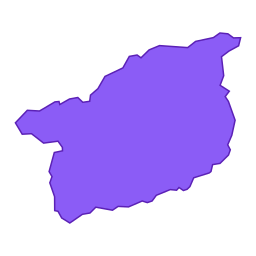 the District of Omagh
{"feature_id": "GBR-2084", "entity_name": "Omagh", "entity_type": "District", "adm_level": 1, "iso_a3": "GBR", "parent_name": "United Kingdom", "parent_adm1": "", "projection": "orthographic", "projection_center": [-7.284, 54.591], "detail": "fine", "context": "isolated", "style": "filled", "palette": "violet", "viewbox_px": 256, "rotation_deg": 0, "n_neighbors": 0, "source": "natural_earth", "source_scale": "10m", "svg_char_len": 988}
<svg xmlns="http://www.w3.org/2000/svg" viewBox="0 0 256 256"><path d="M22.2,134.2L15.4,122.8L27.3,110.3L39.5,111.0L54.9,101.9L59.0,101.5L59.8,104.5L69.5,99.0L77.8,97.5L82.8,102.3L89.7,101.3L90.5,95.1L97.9,88.7L105.0,76.4L122.9,67.9L129.3,56.4L137.1,55.0L141.0,57.8L149.1,49.9L159.5,45.6L187.7,47.6L195.6,41.4L213.4,37.6L219.9,33.0L227.9,33.8L233.5,37.9L240.6,37.7L238.6,45.8L228.9,51.1L221.5,56.7L223.7,75.7L220.1,85.3L229.3,91.2L225.2,96.6L228.4,101.4L235.1,120.2L231.8,135.3L227.7,144.8L230.3,149.8L228.5,155.0L220.0,163.4L212.6,164.6L211.0,171.5L209.3,172.9L193.7,177.8L189.9,186.6L187.1,189.3L183.4,190.5L179.0,187.5L176.6,190.2L170.2,189.6L156.3,195.3L152.1,201.0L147.3,202.6L142.2,201.0L128.5,206.9L118.1,206.4L112.5,210.2L95.8,207.2L90.0,213.0L82.4,214.3L69.8,223.0L61.7,218.0L58.0,211.3L54.7,210.6L54.6,196.7L49.8,182.8L52.0,176.6L49.1,171.6L54.3,152.5L62.5,150.8L62.4,147.4L58.0,141.2L43.6,143.1L31.5,133.7L22.2,134.2Z" fill="#8b5cf6" stroke="#5b21b6" stroke-width="1.5"/></svg>